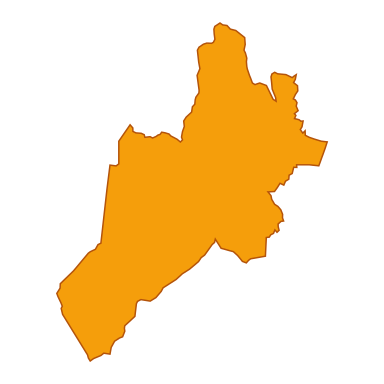 Osório, Rio Grande do Sul, Brazil
{"feature_id": "56859067B2511379563152", "entity_name": "Osório", "entity_type": "district", "adm_level": 2, "iso_a3": "BRA", "parent_name": "Brazil", "parent_adm1": "Rio Grande do Sul", "projection": "equal_earth", "projection_center": [-50.227, -29.915], "detail": "fine", "context": "isolated", "style": "filled", "palette": "amber", "viewbox_px": 384, "rotation_deg": 0, "n_neighbors": 0, "source": "geoboundaries", "source_scale": "gbopen_adm2", "svg_char_len": 2532}
<svg xmlns="http://www.w3.org/2000/svg" viewBox="0 0 384 384"><path d="M122.6,336.8L124.8,331.2L124.4,328.2L124.8,325.7L134.9,316.4L136.4,303.7L137.5,301.4L140.9,299.6L150.2,301.1L155.9,297.6L161.2,291.4L163.1,287.8L176.2,279.4L182.4,273.7L189.5,269.2L198.5,261.6L201.2,257.6L204.6,255.1L212.2,244.5L214.5,242.5L215.3,239.1L221.1,248.3L223.8,249.0L229.4,250.6L233.3,251.6L237.6,255.5L240.1,258.5L242.4,261.4L246.3,262.9L248.6,260.3L250.6,258.8L265.4,256.2L266.3,237.5L269.3,237.1L270.7,234.8L273.5,233.4L274.9,229.9L277.0,232.3L279.1,230.3L278.2,226.7L278.1,224.0L281.0,221.4L283.6,221.0L282.5,217.9L282.6,214.3L280.8,209.8L277.9,206.4L274.6,204.3L271.7,199.3L271.0,195.7L268.0,191.9L274.5,191.5L277.3,187.6L280.0,183.3L283.8,185.1L285.5,181.2L288.8,179.2L289.1,175.2L292.2,173.5L293.7,167.3L296.8,167.4L296.6,164.8L300.3,164.8L303.8,164.8L306.0,164.8L309.4,164.8L318.8,165.8L320.1,162.3L321.7,157.8L323.0,154.3L325.3,147.8L327.2,141.9L321.3,141.2L319.0,140.5L314.4,139.1L309.2,137.3L305.3,135.3L305.1,130.8L302.8,133.1L300.3,129.6L302.0,126.8L303.1,121.0L300.9,121.2L299.0,119.7L294.5,118.6L295.9,115.4L294.4,113.7L298.1,110.7L296.2,106.1L297.0,102.7L295.4,100.0L293.3,98.9L295.4,94.5L297.8,90.9L297.5,85.7L293.6,82.6L295.3,79.4L296.2,74.7L294.2,76.0L292.2,77.6L285.9,74.6L277.6,73.8L274.7,72.3L271.9,74.0L271.0,76.9L271.6,82.3L272.2,89.1L275.6,97.5L276.1,101.2L273.1,99.3L266.4,85.5L259.8,83.0L257.2,83.8L255.0,84.6L252.4,83.0L250.5,77.9L249.5,75.5L247.3,69.0L246.8,66.5L246.4,61.7L246.8,58.2L245.4,53.0L244.0,50.2L245.2,44.5L244.7,37.6L235.8,30.5L230.3,29.1L227.0,25.5L222.7,24.9L220.0,23.0L214.8,26.4L213.9,29.2L214.2,34.0L214.9,39.3L213.4,42.3L211.6,43.3L206.8,43.1L203.4,44.2L199.0,47.2L197.4,50.2L198.7,62.1L199.9,68.7L197.1,75.4L199.1,90.3L198.9,93.0L195.9,97.2L195.2,99.8L194.8,104.2L192.4,106.8L191.6,112.1L186.2,117.1L183.7,121.0L184.3,126.5L182.5,131.6L182.0,134.3L181.5,137.1L182.5,139.9L180.4,142.0L177.0,139.2L170.9,136.0L169.0,134.0L165.0,132.8L161.7,132.2L160.1,134.4L157.9,135.1L156.2,136.4L152.6,138.0L150.1,136.7L144.9,137.3L144.2,134.7L141.2,133.3L135.9,132.9L132.9,131.4L132.8,127.9L130.1,124.8L118.8,141.2L118.8,149.6L118.8,163.9L116.1,165.9L110.0,165.1L107.0,189.0L100.9,243.2L98.0,244.6L95.4,249.3L90.3,251.7L88.3,253.2L73.5,270.9L60.3,283.7L60.1,288.1L56.8,293.4L58.0,296.6L60.9,302.7L62.3,306.2L61.2,308.4L62.6,314.4L87.5,354.8L88.4,358.1L90.2,361.0L93.7,358.5L100.9,355.5L103.8,353.2L110.0,354.1L111.2,347.4L114.6,341.2L119.5,338.0L122.6,336.8Z" fill="#f59e0b" stroke="#b45309" stroke-width="1.5"/></svg>